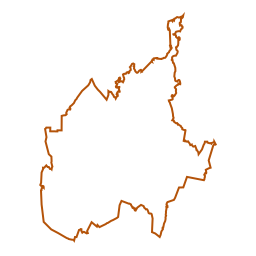 outline of Rušonas pag., Riebinu, Latvia, rotated 270°
{"feature_id": "27541924B29879991166878", "entity_name": "Rušonas pag.", "entity_type": "district", "adm_level": 2, "iso_a3": "LVA", "parent_name": "Latvia", "parent_adm1": "Riebinu", "projection": "robinson", "projection_center": [26.972, 56.22], "detail": "fine", "context": "isolated", "style": "outline", "palette": "amber", "viewbox_px": 256, "rotation_deg": 270, "n_neighbors": 0, "source": "geoboundaries", "source_scale": "gbopen_adm2", "svg_char_len": 5900}
<svg xmlns="http://www.w3.org/2000/svg" viewBox="0 0 256 256"><g transform="rotate(270 128 128)"><path d="M235.9,172.0L234.6,168.4L232.8,168.3L232.1,168.0L228.7,167.7L226.3,168.2L226.0,168.8L226.9,169.2L225.6,169.8L210.8,170.4L210.7,170.0L210.3,169.9L209.9,170.1L210.0,170.8L208.4,170.4L207.6,170.7L207.6,171.1L208.3,171.6L208.1,171.7L207.3,171.3L204.8,169.3L203.8,169.0L202.3,167.2L201.8,167.3L200.3,166.7L198.3,165.3L198.1,164.7L198.1,163.7L197.6,163.0L197.4,162.0L197.0,161.6L197.3,157.8L198.0,157.5L198.0,157.1L197.6,156.8L198.0,156.4L197.6,153.8L196.5,153.7L196.9,153.2L196.7,152.7L195.9,152.6L195.7,152.0L195.0,151.7L194.4,151.9L194.6,151.6L194.4,151.4L184.8,142.1L184.2,141.3L184.8,141.3L184.7,141.6L185.0,141.5L186.1,141.0L186.1,140.6L185.3,139.2L183.6,137.9L183.2,137.1L183.3,136.7L184.7,135.3L185.7,135.1L187.4,134.0L189.4,134.2L189.7,133.8L190.0,134.1L191.8,134.3L192.5,133.2L192.1,132.1L190.0,130.9L188.9,129.9L188.1,130.5L186.1,130.8L184.6,129.3L184.1,129.1L183.7,129.3L183.0,128.8L182.9,128.5L183.9,128.1L183.8,127.4L183.5,126.6L182.2,125.8L182.2,124.2L181.9,123.8L181.9,123.4L181.5,123.0L178.8,123.7L178.2,124.1L176.5,124.2L175.5,123.5L174.7,123.5L173.8,123.0L174.3,122.5L174.5,121.7L174.8,121.1L173.9,119.0L174.4,119.3L175.8,119.5L176.7,120.1L177.6,120.3L178.4,119.8L178.0,119.0L176.9,118.8L175.5,117.9L174.5,116.3L174.0,116.0L174.0,115.7L172.7,115.9L172.1,117.0L171.6,117.2L170.9,116.8L170.0,116.7L170.0,116.2L169.5,115.9L168.7,116.1L168.3,117.1L168.9,118.2L169.0,119.3L168.5,119.3L167.2,118.8L164.5,119.7L164.2,119.6L164.3,119.1L164.9,118.9L164.9,118.5L163.6,117.3L161.7,116.6L160.5,117.4L161.0,117.7L160.1,117.8L159.2,116.6L157.4,115.7L158.8,115.1L159.2,113.9L160.6,113.5L161.6,112.6L164.0,111.2L164.2,110.7L163.9,109.9L165.0,108.4L161.0,108.4L156.3,106.6L164.1,100.1L166.4,97.8L170.3,94.8L177.0,91.8L176.1,90.6L173.7,90.1L170.7,88.3L165.1,82.1L158.2,77.1L157.2,76.7L155.8,75.3L152.9,73.9L150.7,71.7L149.6,70.2L148.4,69.6L147.9,70.2L147.2,70.4L146.5,70.2L146.6,68.5L146.2,67.6L143.4,66.3L142.7,66.2L141.9,66.7L141.3,66.2L140.8,65.5L140.6,63.5L140.1,61.7L125.6,61.6L125.7,57.5L124.6,57.4L124.7,50.2L128.4,50.3L128.4,46.3L127.2,45.5L127.0,45.1L118.8,46.5L114.6,45.5L101.8,48.8L99.4,51.4L94.7,51.6L93.5,51.3L89.3,52.4L88.8,52.0L86.7,51.6L87.3,51.1L87.0,50.2L87.1,49.9L89.0,48.8L89.0,47.6L90.6,46.3L88.4,44.3L88.2,44.0L88.3,43.0L87.0,43.1L83.5,41.6L73.2,41.1L71.1,40.3L70.8,40.9L69.5,41.5L69.4,41.9L70.0,42.3L70.1,42.7L69.8,43.4L69.0,43.7L68.3,43.7L68.9,43.1L67.7,41.9L66.9,41.5L65.8,41.5L65.6,41.0L51.5,41.6L34.1,43.7L26.6,51.2L22.9,58.2L17.9,66.8L17.5,68.1L17.0,68.6L16.3,71.9L16.2,73.5L15.4,74.1L19.0,75.0L18.9,76.5L26.0,79.0L26.3,80.1L26.9,80.6L26.8,81.4L24.8,81.5L23.3,82.3L24.1,83.4L24.1,84.1L22.6,86.7L22.9,87.8L24.9,87.1L33.8,91.6L29.4,96.9L31.0,97.5L28.9,99.5L32.0,105.9L32.8,106.8L33.0,107.7L35.2,111.2L35.9,112.9L38.0,116.8L39.0,118.1L50.8,119.6L55.1,121.5L52.3,128.9L52.4,129.5L51.5,131.0L50.5,131.2L49.9,131.8L48.1,132.6L47.8,133.6L48.2,133.8L47.6,134.4L47.5,135.1L46.9,134.8L46.7,134.4L45.8,134.8L46.0,135.3L45.6,135.7L48.4,137.3L51.1,141.0L49.9,143.6L48.2,144.3L47.1,145.7L46.7,145.8L46.8,146.9L45.8,147.7L42.9,148.7L42.5,149.4L42.5,150.7L42.2,151.4L41.7,151.7L37.5,152.6L23.9,152.0L22.5,155.3L19.0,159.7L21.1,160.6L24.6,161.4L26.8,162.9L27.1,163.0L27.8,162.5L28.5,162.7L28.8,163.3L32.4,164.0L35.0,165.2L37.1,165.6L38.8,165.5L40.4,166.1L41.0,165.7L43.4,166.0L44.2,165.9L47.7,166.5L49.5,166.3L49.9,166.6L48.9,166.9L48.7,167.1L48.9,167.5L50.3,167.4L51.5,166.5L52.8,166.8L53.9,167.5L56.1,173.9L58.2,175.1L68.5,179.0L68.6,183.3L79.1,187.0L75.8,203.9L76.7,204.4L77.9,204.5L79.0,204.9L80.6,204.9L80.9,204.4L81.5,204.3L81.9,204.8L83.1,205.3L83.3,205.6L83.0,206.2L83.6,206.3L86.2,205.8L87.8,209.0L88.3,210.6L95.6,208.7L110.4,213.2L111.2,213.7L111.6,214.5L111.3,215.1L111.6,215.7L114.5,214.2L113.6,214.1L113.7,213.6L112.9,211.3L112.4,211.2L112.9,210.5L112.8,209.4L113.4,207.5L114.3,207.3L114.3,204.9L112.7,204.6L111.0,203.6L106.6,202.0L101.8,198.6L103.8,198.3L105.0,197.4L105.7,197.2L106.1,196.4L107.2,196.3L110.0,195.2L109.4,193.6L109.5,193.1L111.1,191.7L111.4,191.7L110.9,190.3L112.4,189.7L114.7,188.0L114.3,187.2L114.5,186.3L115.3,185.4L114.7,184.9L115.1,183.7L125.8,185.5L125.9,185.4L125.8,184.8L126.7,182.3L128.1,182.2L128.8,181.3L130.0,180.8L130.9,179.2L132.0,178.0L131.7,177.7L132.9,177.1L132.8,176.0L134.3,174.0L135.4,173.8L135.7,172.3L138.1,173.6L139.6,173.1L142.1,172.9L147.8,171.8L152.4,170.1L153.1,170.0L154.7,169.0L155.6,168.8L156.0,170.8L156.5,172.4L156.9,172.7L158.7,172.5L159.7,171.6L160.7,171.9L160.9,172.5L160.6,173.0L159.7,173.3L159.6,173.7L160.6,174.7L163.0,176.2L164.6,175.9L165.8,175.9L166.1,176.1L167.0,176.0L168.4,174.8L168.9,174.8L170.7,176.7L171.3,178.1L171.6,178.4L172.5,178.4L171.9,179.5L171.8,180.2L172.7,180.3L174.6,179.9L175.9,179.3L176.0,178.5L174.9,177.5L174.7,176.3L175.1,175.5L175.6,175.2L177.7,175.0L179.6,174.3L183.4,174.7L184.9,175.4L188.1,175.3L192.5,173.9L193.0,173.6L193.2,173.0L196.0,172.5L195.9,171.9L196.1,171.7L197.1,172.2L198.1,172.0L199.2,172.4L199.9,173.3L200.3,174.6L200.3,175.9L203.2,177.5L204.7,177.7L205.5,177.2L206.2,176.4L208.7,176.0L208.9,176.4L208.9,176.8L209.9,177.4L210.5,178.0L212.8,178.3L215.8,178.3L215.9,179.1L216.1,179.4L216.5,179.3L216.6,179.7L218.0,179.7L218.7,179.2L218.8,178.8L218.1,178.1L217.6,178.2L217.6,177.7L219.2,176.0L220.2,176.0L220.8,175.7L221.2,174.8L221.3,173.6L221.7,173.4L222.3,175.3L223.6,175.6L224.3,176.2L224.8,178.3L224.8,179.6L224.6,180.1L226.7,181.0L227.0,181.6L227.8,182.0L228.2,182.6L229.4,182.5L229.7,182.0L230.8,181.5L230.9,180.8L230.5,180.1L232.1,179.7L233.3,179.8L233.4,180.0L233.2,180.2L233.3,180.5L234.0,180.9L237.3,181.0L237.9,181.4L237.8,181.9L238.7,182.8L240.6,183.2L239.8,182.5L238.4,179.0L238.9,177.5L238.8,176.8L237.7,175.5L237.3,174.4L235.8,174.1L236.4,173.6L235.6,173.0L234.8,172.6L235.3,172.3L235.3,172.0L235.9,172.0Z" fill="none" stroke="#b45309" stroke-width="2"/></g></svg>